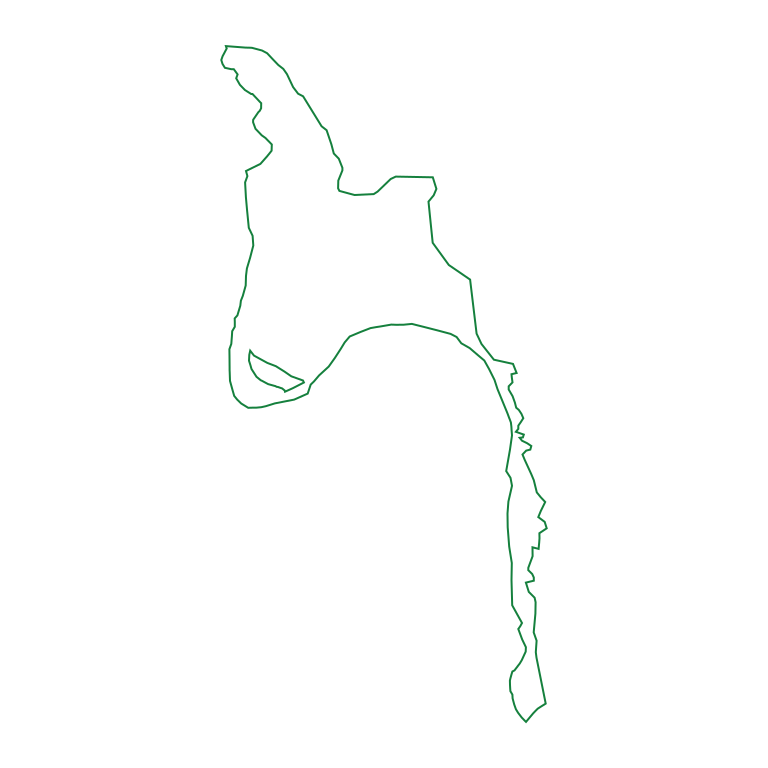 Akhmim, Suhaj, Egypt (Albers equal-area conic projection)
{"feature_id": "37247803B62515716527778", "entity_name": "Akhmim", "entity_type": "district", "adm_level": 2, "iso_a3": "EGY", "parent_name": "Egypt", "parent_adm1": "Suhaj", "projection": "albers", "projection_center": [31.772, 26.551], "detail": "fine", "context": "isolated", "style": "outline", "palette": "green", "viewbox_px": 768, "rotation_deg": 0, "n_neighbors": 0, "source": "geoboundaries", "source_scale": "gbopen_adm2", "svg_char_len": 3603}
<svg xmlns="http://www.w3.org/2000/svg" viewBox="0 0 768 768"><path d="M545.7,703.6L536.5,657.7L535.8,652.2L536.6,640.7L533.7,632.4L535.4,613.7L535.6,602.2L534.6,597.7L528.8,591.9L525.9,582.6L533.8,580.7L533.8,577.5L532.2,574.0L528.3,570.2L528.3,567.8L532.6,556.2L532.5,547.3L538.6,548.9L539.2,542.5L539.5,538.3L539.4,533.2L546.7,528.3L544.7,521.9L538.3,517.1L540.8,511.0L545.2,502.0L540.7,497.2L536.8,492.4L533.8,480.2L531.3,474.2L524.6,459.6L523.0,455.7L522.5,454.5L526.2,450.6L530.3,449.6L531.3,446.0L527.1,443.2L522.0,440.7L519.7,437.8L522.9,437.4L523.8,434.6L515.9,431.8L518.3,428.9L518.3,425.7L520.8,422.1L523.3,418.2L521.4,413.8L518.8,409.9L516.2,407.7L514.9,402.6L512.6,396.2L508.7,389.5L508.7,386.3L512.5,382.4L511.8,377.3L511.5,374.2L516.6,373.0L513.0,363.9L506.6,362.5L500.3,361.1L493.9,359.7L481.5,344.0L477.2,334.9L476.6,333.7L470.1,279.6L448.8,265.0L432.7,242.8L430.7,223.4L428.5,201.6L433.7,195.3L436.4,188.9L432.8,177.3L395.8,176.6L394.9,177.0L390.7,179.0L377.6,191.6L373.7,194.1L354.6,195.0L349.3,193.6L339.4,190.9L338.1,188.3L338.3,180.6L342.4,170.4L342.4,167.8L338.8,158.7L333.8,153.5L331.4,144.4L330.8,142.6L326.6,130.2L321.6,126.3L303.1,96.3L298.1,93.7L293.1,87.1L287.0,74.2L283.3,68.9L278.3,65.0L273.3,59.8L267.1,53.2L262.0,50.5L251.9,47.8L249.5,47.7L245.5,47.6L225.9,46.1L226.1,46.8L226.7,48.5L225.3,51.1L224.0,53.6L222.6,56.2L221.3,60.0L222.5,63.9L224.9,67.8L231.3,69.2L233.8,69.2L237.6,74.4L236.2,78.3L239.9,84.8L244.9,90.0L251.2,94.0L252.5,94.0L259.9,101.9L261.2,103.2L261.1,108.3L259.7,110.9L258.4,112.1L253.2,119.7L253.1,121.0L253.1,122.3L255.5,128.8L258.0,131.4L261.7,135.3L265.5,138.0L268.0,140.6L269.3,141.9L271.8,144.5L271.6,150.7L268.6,154.5L267.9,155.3L267.3,156.1L260.4,163.9L246.0,171.0L247.4,176.1L245.1,182.4L245.9,197.1L247.0,209.5L248.8,227.8L252.6,235.8L253.3,245.5L250.1,257.8L246.9,268.5L246.0,275.9L245.7,285.5L242.8,295.9L240.9,300.7L240.3,305.7L237.4,315.4L234.7,318.4L234.8,322.1L234.8,326.8L232.2,331.2L231.9,336.2L231.3,343.9L229.4,349.2L229.5,356.6L229.6,368.2L229.6,370.2L229.7,372.1L230.0,380.9L232.4,389.6L234.2,395.9L237.2,399.6L241.2,403.5L248.2,407.8L251.8,407.7L255.9,407.7L261.3,407.2L265.8,406.2L274.8,403.4L294.2,399.6L307.7,393.6L310.7,384.6L310.8,384.5L310.9,384.4L313.9,381.5L319.1,375.4L328.7,366.6L334.9,357.9L340.8,348.8L344.7,342.4L349.7,336.5L360.7,331.9L370.5,328.1L376.2,327.1L380.2,326.5L391.3,324.6L396.3,324.8L403.8,324.7L411.9,323.9L415.8,324.9L423.8,326.9L437.9,330.5L450.6,333.9L456.6,337.0L461.3,343.3L469.7,348.1L478.1,355.3L484.3,360.5L489.0,368.9L493.8,378.5L494.5,379.9L497.5,389.1L507.0,412.2L507.6,413.7L509.3,418.3L509.4,418.5L509.5,418.7L510.9,422.5L511.4,426.8L511.6,430.4L512.0,435.4L510.0,449.5L506.2,471.1L510.5,477.8L512.0,485.8L508.4,501.6L507.5,513.5L507.7,527.3L509.2,546.7L509.3,547.0L509.3,547.3L511.8,563.0L511.5,580.1L512.2,605.3L522.0,623.0L520.2,626.3L518.3,629.0L522.2,639.5L525.9,647.2L525.7,651.6L521.8,660.1L519.7,663.6L517.5,666.4L517.5,666.5L516.0,668.4L514.5,670.4L512.4,671.5L511.6,674.0L510.4,678.4L509.9,680.6L510.0,684.9L510.2,688.6L510.4,691.2L511.4,692.9L512.4,694.6L512.6,698.4L514.2,704.4L515.9,709.2L518.1,712.8L521.7,717.5L524.9,720.8L526.0,721.9L532.7,713.9L533.3,713.2L535.5,710.9L537.7,708.7L540.3,707.0L545.7,703.6ZM292.8,388.2L285.0,391.7L284.7,390.5L282.1,388.4L280.5,387.9L278.0,387.0L276.6,386.8L275.4,386.1L274.2,385.8L268.1,384.1L261.6,380.6L260.8,380.3L256.5,376.8L251.5,369.0L250.4,365.1L249.0,360.7L249.3,354.8L250.2,350.7L254.0,355.6L267.3,362.9L275.9,366.2L284.5,371.6L291.3,376.3L303.0,380.5L303.9,382.5L292.8,388.2Z" fill="none" stroke="#15803d" stroke-width="2"/></svg>